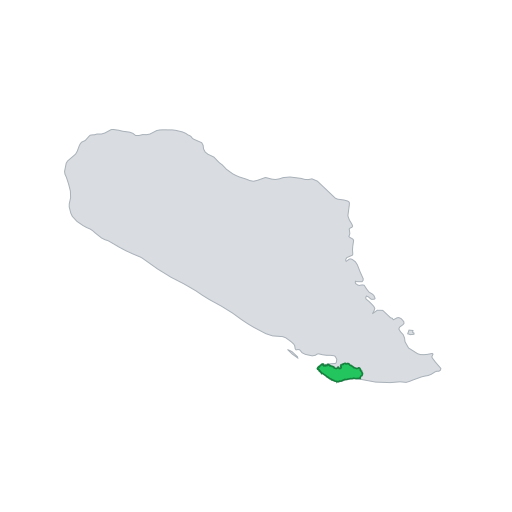 Antalaha, Sava, Madagascar shown in context, rotated 104°
{"feature_id": "10022922B15279482214677", "entity_name": "Antalaha", "entity_type": "district", "adm_level": 2, "iso_a3": "MDG", "parent_name": "Madagascar", "parent_adm1": "Sava", "projection": "orthographic", "projection_center": [50.057, -15.259], "detail": "fine", "context": "in_parent", "style": "filled", "palette": "green", "viewbox_px": 512, "rotation_deg": 104, "n_neighbors": 0, "source": "geoboundaries", "source_scale": "gbopen_adm2", "svg_char_len": 8207}
<svg xmlns="http://www.w3.org/2000/svg" viewBox="0 0 512 512"><g transform="rotate(104 256 256)"><path d="M330.4,60.2L331.8,63.4L333.4,66.4L338.4,73.8L340.5,76.7L342.3,79.7L343.2,85.8L346.4,95.2L349.4,109.4L350.3,123.9L351.2,130.6L353.5,136.9L357.3,143.4L358.5,150.6L356.2,158.1L352.8,165.1L352.0,166.4L350.4,168.3L349.7,168.2L347.0,166.4L344.8,163.4L342.1,156.4L341.0,152.8L339.9,152.3L336.7,152.6L334.3,154.8L333.9,156.2L334.4,160.1L335.3,163.7L335.7,167.3L335.8,171.8L336.6,173.2L337.9,174.3L339.3,177.3L339.5,184.4L338.7,187.9L336.4,191.0L336.6,192.7L337.4,194.4L336.6,195.5L333.6,196.8L332.4,198.0L330.7,201.1L328.1,207.5L327.8,210.8L329.5,220.6L329.0,227.6L325.7,241.1L323.8,247.4L321.1,255.0L317.0,265.1L313.0,277.6L309.6,290.6L307.1,298.4L304.3,306.0L300.4,319.5L297.2,333.3L292.4,348.4L285.8,365.2L285.1,367.4L283.8,375.9L282.4,383.4L280.6,390.7L277.0,402.9L276.7,406.6L275.9,410.2L272.4,417.9L270.9,420.7L269.9,423.7L269.3,427.5L268.3,431.2L265.8,438.0L262.0,443.8L259.3,446.0L253.6,449.1L250.7,449.8L244.2,450.0L237.9,451.8L231.4,455.3L225.2,459.2L222.9,461.1L220.3,462.2L211.9,462.6L209.4,461.8L200.8,455.7L197.6,454.8L191.4,454.1L189.5,453.6L187.8,452.8L185.2,449.6L180.1,446.9L178.9,446.1L178.1,444.2L177.5,442.1L176.1,439.8L175.0,435.4L173.2,432.4L168.4,427.1L167.8,425.3L167.2,419.6L167.2,415.6L166.4,408.5L166.8,405.1L168.2,402.0L167.4,398.7L165.6,395.3L164.8,391.7L163.4,388.5L158.3,382.7L157.0,379.9L156.1,376.9L153.9,367.6L153.5,364.3L153.4,357.4L154.0,353.8L155.0,351.3L155.2,349.5L155.9,347.8L157.0,346.5L157.7,345.0L159.2,336.1L161.4,334.1L164.8,332.8L167.4,330.5L168.9,327.3L170.2,320.8L174.3,314.3L175.7,310.9L179.0,305.7L181.9,298.5L182.7,295.1L183.3,291.6L183.8,284.0L184.3,280.3L184.1,276.5L182.1,272.7L177.6,265.9L177.5,264.6L177.6,259.4L177.1,255.7L175.5,252.0L173.3,248.5L171.1,242.0L169.8,231.1L169.9,227.2L169.2,223.7L167.6,220.4L168.5,214.6L180.7,193.1L181.1,190.6L180.4,184.2L180.5,180.5L180.9,179.1L181.9,178.2L184.1,177.8L194.6,176.6L195.9,175.9L198.5,174.1L202.0,170.6L203.6,169.5L205.0,169.9L206.0,171.3L207.2,172.1L211.4,170.4L213.0,170.4L214.7,170.6L215.4,169.1L215.8,167.2L216.4,165.8L217.5,165.0L223.0,164.5L226.5,163.9L230.9,162.5L231.9,162.7L235.6,167.5L236.8,167.9L238.2,168.1L239.4,167.2L236.4,164.7L235.9,163.3L236.1,161.6L237.6,158.1L240.2,155.4L246.0,151.3L252.1,146.5L253.8,146.2L255.3,146.9L256.6,152.4L256.4,153.3L257.4,153.4L258.6,152.7L259.5,150.5L259.6,148.6L258.7,146.9L258.3,145.4L258.2,144.0L261.3,140.7L263.7,137.6L264.8,133.9L265.8,132.1L268.3,130.2L269.1,130.5L269.7,132.0L270.1,133.7L269.4,135.3L268.5,137.0L268.1,139.1L269.6,139.5L271.0,139.0L272.9,135.1L275.2,131.3L276.5,129.4L278.2,128.0L281.1,128.3L283.9,129.1L279.3,125.2L278.1,119.9L283.4,110.5L283.5,108.6L284.2,108.0L284.6,107.2L281.8,104.1L281.2,102.6L281.6,100.2L282.9,98.1L284.1,96.6L285.8,96.1L287.2,96.9L290.2,99.4L292.3,99.8L294.7,97.3L296.7,94.2L299.7,92.0L303.1,90.7L308.3,85.8L311.7,75.6L311.9,72.7L311.1,69.1L309.9,65.7L307.9,61.4L308.4,60.5L311.3,61.0L312.2,60.4L315.3,56.6L320.4,49.4L322.1,49.4L323.6,50.7L324.1,52.7L325.1,54.2L328.6,57.6L330.4,60.2ZM294.8,88.9L294.8,90.0L290.9,89.6L290.3,85.7L292.2,85.6L292.6,84.0L293.7,83.8L295.0,87.2L294.8,88.9ZM342.4,197.1L339.1,202.8L340.0,198.1L343.8,191.3L344.9,190.8L342.4,197.1Z" fill="#d9dde1" stroke="#a8b0b8" stroke-width="1"/><path d="M344.6,164.3L344.8,164.6L344.8,164.8L344.9,165.2L344.7,165.3L344.8,165.5L344.7,165.4L344.7,165.5L344.9,165.9L345.3,165.9L345.4,166.0L345.6,166.3L345.8,166.4L345.8,166.5L346.0,166.6L346.3,166.9L346.5,166.9L346.5,167.1L346.7,167.3L346.8,167.3L347.1,167.4L347.3,167.4L347.5,167.6L347.8,167.5L348.0,167.6L348.3,167.6L348.5,167.7L348.5,167.9L348.5,168.2L348.6,168.4L348.5,168.5L348.8,168.6L348.7,168.7L348.8,168.8L348.9,169.0L349.0,169.1L348.9,169.4L349.1,169.2L349.4,169.0L349.8,169.1L350.0,169.0L350.3,169.0L350.5,169.2L351.0,168.8L351.1,168.7L351.1,168.3L350.9,168.3L350.7,168.0L350.8,167.9L351.2,167.7L351.4,167.3L351.7,167.2L351.4,166.9L351.7,166.5L352.0,166.1L352.2,165.9L352.4,166.0L352.6,166.1L352.7,165.9L352.9,165.6L353.2,165.0L352.9,165.0L352.9,164.8L353.0,164.6L353.4,164.2L353.6,164.2L354.1,164.1L354.2,163.8L354.3,163.7L354.2,163.6L354.1,163.8L353.7,163.7L353.8,163.1L353.8,162.7L354.0,162.4L354.4,161.5L354.6,161.1L354.7,160.7L354.8,160.5L354.8,160.1L355.0,159.8L355.1,159.6L355.3,159.0L355.7,158.4L355.8,158.3L355.9,158.1L356.1,157.8L355.9,157.6L356.0,157.2L356.2,156.9L356.2,156.7L356.3,156.7L356.5,156.6L356.7,156.1L356.8,155.6L356.7,155.3L357.0,154.9L357.0,154.7L357.1,154.4L357.1,154.1L357.1,153.7L357.2,153.4L357.3,153.5L357.3,153.3L357.4,153.1L357.5,153.0L357.9,152.8L357.8,152.6L357.7,152.5L357.5,152.2L357.6,151.9L357.8,151.8L357.7,151.6L357.9,151.3L358.0,151.1L357.9,150.9L357.8,150.5L357.9,150.3L357.9,150.2L358.1,150.0L358.2,149.8L358.3,149.4L358.3,149.2L358.3,148.4L358.1,147.6L358.2,147.2L358.6,147.0L358.4,146.9L358.4,146.7L358.2,146.6L357.9,146.1L357.9,145.8L358.1,145.6L358.1,145.3L357.8,145.0L357.3,144.8L357.1,144.7L357.1,144.4L357.0,144.1L357.0,143.4L356.5,142.7L356.0,142.3L356.0,142.1L355.7,142.0L355.5,141.5L355.4,141.3L355.2,141.3L355.1,141.2L354.8,140.7L354.7,140.5L354.6,140.2L354.3,140.1L354.2,139.8L354.0,138.6L353.9,138.4L353.7,137.8L353.6,137.4L353.4,137.2L353.2,137.2L353.0,136.8L353.0,136.4L352.9,136.2L352.6,135.8L352.3,135.2L352.2,135.0L352.1,134.9L351.9,133.8L351.7,132.9L351.5,132.7L351.3,132.1L351.2,132.0L351.0,131.9L350.8,131.6L350.9,130.0L350.7,129.5L350.7,129.0L350.6,128.6L350.4,128.4L350.3,127.7L350.2,127.4L349.9,127.3L349.9,126.7L349.8,126.3L349.7,126.2L349.7,125.3L349.3,125.2L349.1,125.3L349.0,125.2L348.8,125.3L348.7,125.5L348.6,125.4L348.3,125.5L347.1,125.2L346.8,124.9L346.7,124.4L345.9,124.1L345.1,124.1L344.9,124.3L344.7,124.2L344.6,124.5L344.4,124.5L344.2,124.4L343.9,124.4L343.8,124.7L343.7,124.8L343.4,125.0L343.1,125.0L342.9,125.4L342.6,125.7L342.4,125.8L342.1,125.8L342.1,126.1L342.0,126.4L342.1,126.6L342.0,126.8L341.8,126.9L341.6,127.2L341.4,127.2L341.0,127.0L340.3,127.6L340.0,128.1L339.6,128.4L339.6,129.2L339.6,129.3L340.2,129.7L340.3,130.2L340.4,130.3L340.6,130.5L340.9,131.0L340.8,131.3L340.7,131.7L340.7,131.9L340.6,132.1L340.8,132.4L340.7,132.6L340.7,133.3L340.7,133.5L340.4,133.8L340.5,134.2L340.7,134.4L340.6,134.7L340.5,135.0L340.5,134.9L340.3,134.8L340.1,134.8L339.9,135.2L339.9,135.3L339.7,135.6L339.8,135.9L339.6,136.0L339.5,136.3L339.5,136.5L339.4,137.0L339.2,137.3L339.3,137.5L339.1,137.6L339.2,137.8L339.3,138.0L339.2,138.3L339.1,138.8L338.9,139.0L338.6,139.1L338.5,139.3L338.2,139.5L338.0,140.0L338.0,140.4L338.3,140.5L338.1,141.0L338.4,141.3L338.3,141.6L338.7,141.8L339.0,142.5L338.9,142.6L338.8,143.0L338.6,143.2L338.7,143.3L338.6,143.6L338.8,144.2L339.0,144.3L339.4,145.0L339.5,145.1L340.0,145.3L340.2,145.2L340.3,145.3L340.3,145.7L340.2,146.0L340.4,146.0L340.5,146.1L340.7,146.3L341.0,146.7L341.1,146.9L341.1,147.1L341.4,147.0L341.9,147.1L342.0,147.2L342.3,147.4L343.0,146.8L343.0,146.5L343.4,146.5L343.6,146.3L343.9,146.3L344.3,146.6L344.4,147.1L344.7,147.1L344.7,147.4L344.9,147.5L345.1,147.8L345.1,148.0L344.9,148.2L344.6,148.7L344.4,148.9L344.1,148.9L344.0,149.0L343.9,149.2L343.8,149.3L343.8,149.5L344.1,149.6L344.3,149.7L344.6,149.7L344.8,149.8L345.0,149.8L345.2,150.1L345.2,150.3L345.3,150.4L345.4,150.5L345.8,150.8L345.9,151.5L345.7,151.9L345.7,152.2L345.8,152.5L345.7,152.8L345.7,153.2L345.4,153.4L345.0,153.3L344.8,153.6L344.8,153.8L344.9,154.0L344.7,154.2L344.7,154.4L344.6,154.7L344.8,154.9L344.6,155.1L344.6,155.3L344.8,155.5L344.6,155.8L344.7,156.1L344.7,156.3L344.6,156.5L344.4,156.8L344.4,157.0L344.5,157.1L344.7,157.3L344.5,157.5L344.6,157.8L344.4,157.8L344.3,157.7L344.2,157.8L344.1,158.0L344.4,158.2L344.4,158.3L344.3,158.6L344.0,158.7L344.0,159.0L343.9,159.0L343.7,159.2L343.7,159.3L343.8,159.4L343.8,159.5L343.6,159.9L343.7,160.2L344.0,160.4L344.1,160.5L344.3,160.4L344.3,160.5L344.4,160.3L344.5,160.2L344.8,160.6L345.2,160.7L345.1,161.0L345.3,161.2L345.5,161.4L345.5,161.5L345.4,161.6L345.3,161.8L345.5,161.8L345.6,162.2L345.9,162.2L345.9,162.4L345.8,162.6L346.0,162.8L346.0,163.0L346.1,163.3L346.3,163.5L346.2,163.8L346.0,164.0L345.8,164.0L345.7,164.4L345.5,164.2L345.3,164.2L345.1,164.3L344.7,164.2L344.6,164.3Z" fill="#22c55e" stroke="#15803d" stroke-width="1.5"/></g></svg>